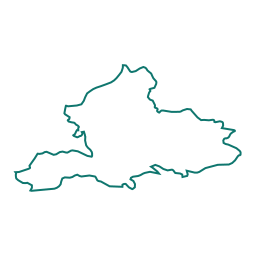 an SVG outline of Gelderland
{"feature_id": "NLD-896", "entity_name": "Gelderland", "entity_type": "Province", "adm_level": 1, "iso_a3": "NLD", "parent_name": "Netherlands", "parent_adm1": "", "projection": "natural_earth1", "projection_center": [5.899, 52.128], "detail": "fine", "context": "isolated", "style": "outline", "palette": "teal", "viewbox_px": 256, "rotation_deg": 0, "n_neighbors": 0, "source": "natural_earth", "source_scale": "10m", "svg_char_len": 3539}
<svg xmlns="http://www.w3.org/2000/svg" viewBox="0 0 256 256"><path d="M235.6,131.0L234.8,131.1L232.9,132.0L230.7,133.7L230.1,134.6L229.1,136.7L228.1,137.7L226.6,138.3L225.3,138.3L224.2,138.8L223.3,140.4L223.6,142.9L225.6,144.0L228.3,144.6L236.4,148.2L239.7,150.9L240.3,151.7L240.6,152.7L240.5,154.7L239.9,155.2L239.0,155.3L237.9,156.2L235.1,160.3L232.2,163.0L228.9,164.5L217.8,164.8L205.4,168.1L199.3,171.9L197.2,172.6L194.7,172.6L186.7,170.7L187.7,174.3L187.2,175.9L182.5,177.0L182.2,174.5L180.1,173.5L175.3,173.0L174.8,172.4L173.4,170.5L172.5,169.8L171.5,169.7L167.6,170.4L163.4,169.0L159.4,166.4L155.3,164.9L151.1,166.7L152.6,167.7L157.3,171.5L159.0,173.6L157.0,173.2L154.0,172.6L150.0,171.8L144.9,172.9L143.1,173.6L140.5,175.1L138.1,176.0L133.0,176.7L131.0,177.8L130.5,179.3L133.4,181.0L135.0,184.1L134.8,187.3L132.8,188.9L132.6,189.0L132.2,189.1L129.0,187.4L128.6,187.0L126.3,184.6L125.8,184.0L125.4,183.9L124.8,183.9L123.6,184.1L122.5,184.7L122.4,186.8L109.6,186.3L100.9,181.5L98.4,181.0L97.3,180.3L95.7,177.2L95.0,176.5L89.4,175.5L81.5,176.5L79.6,176.0L77.3,174.7L74.8,175.5L72.4,177.0L69.8,177.7L64.8,177.4L62.3,178.5L61.2,181.6L60.6,184.3L59.0,186.3L56.8,187.8L54.4,188.7L31.6,190.8L30.4,190.5L31.9,187.8L31.9,185.3L27.3,182.8L25.9,183.1L22.9,183.0L18.2,180.2L16.3,178.5L16.0,177.2L15.9,176.3L15.8,174.8L16.1,173.5L16.1,173.2L15.4,172.2L19.0,172.0L28.6,168.8L29.8,168.2L30.0,167.8L30.0,167.3L29.7,166.6L29.5,165.7L33.9,159.5L34.5,158.7L37.6,153.7L39.5,153.9L42.5,153.4L44.7,152.1L46.6,151.8L53.6,154.8L56.2,154.3L59.8,152.1L62.6,151.6L65.9,152.5L67.3,152.6L68.4,152.1L70.9,150.7L72.5,150.4L77.8,151.3L87.4,155.9L91.6,156.7L92.1,155.9L92.1,153.4L91.9,152.6L91.7,151.9L91.2,151.2L90.3,149.8L87.8,147.6L86.2,145.4L85.1,140.5L85.3,136.7L85.0,135.8L84.9,134.9L83.9,131.7L81.8,132.1L82.4,133.2L82.3,133.9L82.1,134.5L81.6,135.3L81.1,135.7L80.6,136.0L80.1,136.0L79.7,136.1L78.4,136.9L77.2,137.3L73.8,135.9L73.5,135.6L73.3,135.3L74.3,134.6L74.9,134.1L75.2,133.6L76.0,131.8L76.9,130.2L78.3,130.3L78.3,130.1L78.3,129.8L78.2,129.3L78.2,128.2L78.8,127.2L78.8,126.7L78.5,126.3L77.5,125.4L76.5,124.9L76.0,124.6L74.9,123.3L74.1,122.7L71.5,122.3L68.6,121.5L67.8,120.4L67.9,120.1L68.1,119.9L68.9,119.4L69.4,118.7L69.6,117.2L65.1,114.3L64.4,113.3L64.7,111.6L65.2,108.9L65.9,105.8L66.0,105.7L68.1,106.3L76.9,105.5L81.4,104.3L83.8,100.8L85.1,97.4L87.1,93.4L89.8,91.4L93.2,89.1L96.5,87.6L100.8,86.2L106.3,84.2L111.0,82.4L114.1,80.4L116.5,78.1L119.3,74.7L121.5,71.8L122.8,67.8L122.9,65.3L122.9,65.2L124.7,65.3L126.0,65.5L127.5,67.3L130.1,71.3L130.9,71.8L131.9,72.0L135.7,71.1L139.7,68.5L143.3,67.0L144.8,67.5L145.6,67.9L146.5,68.9L147.4,70.4L149.6,72.3L150.5,72.9L151.3,73.8L152.4,76.3L153.4,78.3L156.0,81.2L156.2,81.7L156.4,82.1L156.2,83.9L154.4,87.8L150.2,88.9L149.9,89.1L149.6,89.3L150.2,90.4L150.3,91.1L149.2,92.4L148.1,95.9L147.9,97.1L148.3,97.6L149.5,99.1L150.2,99.7L152.7,100.6L155.0,105.2L154.9,106.5L154.7,107.0L154.9,107.5L155.4,107.8L156.8,108.3L157.4,108.7L157.6,109.5L157.2,110.5L157.1,110.9L157.3,111.3L157.7,111.7L158.7,112.4L159.1,112.5L159.4,112.5L160.3,111.4L161.4,110.6L161.8,110.5L163.0,110.5L171.7,111.9L179.6,111.8L180.8,111.5L182.7,110.4L187.0,109.0L190.7,109.4L191.4,110.4L191.5,110.6L197.5,117.4L201.1,120.1L204.1,119.9L208.9,120.3L212.4,119.8L213.1,119.8L213.8,120.0L214.3,120.8L214.4,121.4L214.4,121.9L214.9,122.1L215.4,122.2L219.8,121.3L220.8,121.5L222.0,121.9L222.5,122.2L222.8,122.6L223.0,123.3L223.1,124.9L223.1,125.7L221.9,128.1L234.0,130.1L235.5,131.0L235.6,131.0Z" fill="none" stroke="#0f766e" stroke-width="2"/></svg>